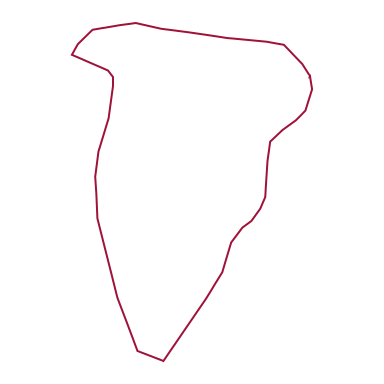 Leewehpea-Mahn, Nimba, Liberia
{"feature_id": "62588387B51124182778876", "entity_name": "Leewehpea-Mahn", "entity_type": "district", "adm_level": 2, "iso_a3": "LBR", "parent_name": "Liberia", "parent_adm1": "Nimba", "projection": "natural_earth1", "projection_center": [-8.897, 7.043], "detail": "fine", "context": "isolated", "style": "outline", "palette": "rose", "viewbox_px": 384, "rotation_deg": 0, "n_neighbors": 0, "source": "geoboundaries", "source_scale": "gbopen_adm2", "svg_char_len": 1027}
<svg xmlns="http://www.w3.org/2000/svg" viewBox="0 0 384 384"><path d="M71.9,54.8L108.0,70.5L113.0,77.0L113.0,86.0L112.2,91.9L108.6,118.3L99.6,147.9L99.2,149.1L98.5,151.3L97.7,157.5L95.4,175.3L95.2,176.5L96.1,190.2L96.3,192.7L97.4,218.4L102.4,238.2L111.1,272.6L116.3,293.4L117.5,298.0L122.3,310.6L130.5,332.2L137.5,351.0L162.2,360.5L163.4,361.0L186.6,327.1L201.3,305.6L201.8,304.9L206.1,298.6L210.6,291.3L211.0,290.7L214.4,285.0L222.3,272.2L226.0,259.7L231.2,242.4L232.1,241.3L235.1,237.3L242.4,227.6L250.0,222.0L251.3,221.1L260.2,208.8L265.2,197.2L265.5,193.2L265.7,188.9L267.5,161.0L270.2,141.6L272.5,139.5L282.5,130.0L295.9,120.3L299.8,116.4L305.4,110.6L312.1,89.3L311.2,83.8L310.1,76.8L309.6,77.0L309.9,75.4L308.8,74.3L302.2,63.9L300.3,62.0L283.9,44.8L276.5,43.5L266.5,41.7L264.3,41.5L233.7,38.6L227.7,38.1L210.0,35.4L189.3,32.4L167.9,29.6L166.7,29.5L160.8,28.7L139.2,23.8L135.8,23.0L131.0,23.7L120.2,25.1L104.4,27.8L102.2,28.1L92.5,29.8L77.8,44.2L76.3,46.9L71.9,54.8Z" fill="none" stroke="#9f1239" stroke-width="2"/></svg>